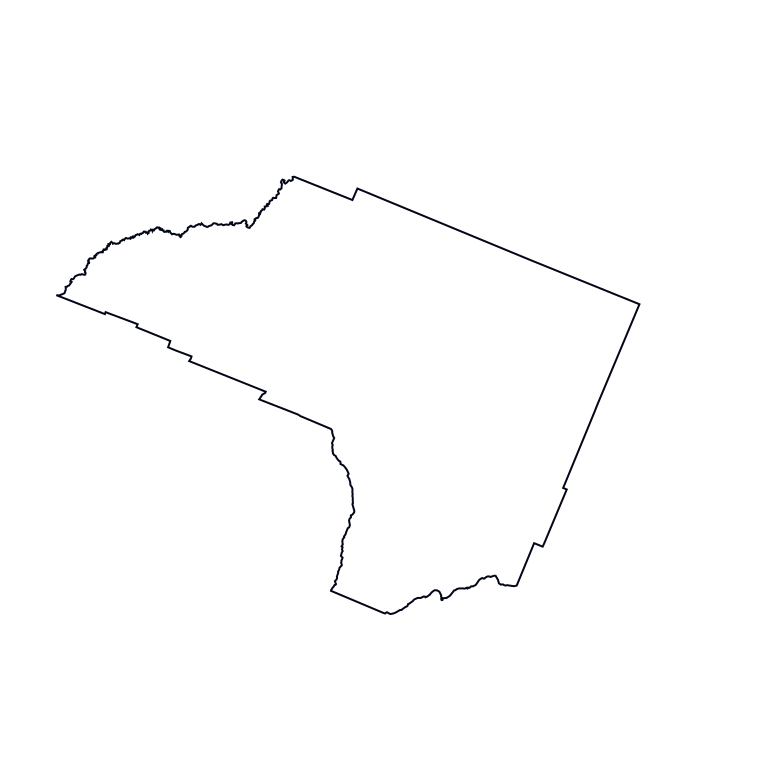 Coronel Pringles, Buenos Aires, Argentina, rotated 67°
{"feature_id": "61730980B35069548895139", "entity_name": "Coronel Pringles", "entity_type": "district", "adm_level": 2, "iso_a3": "ARG", "parent_name": "Argentina", "parent_adm1": "Buenos Aires", "projection": "albers", "projection_center": [-61.45, -38.169], "detail": "fine", "context": "isolated", "style": "outline", "palette": "ink", "viewbox_px": 768, "rotation_deg": 67, "n_neighbors": 0, "source": "geoboundaries", "source_scale": "gbopen_adm2", "svg_char_len": 6165}
<svg xmlns="http://www.w3.org/2000/svg" viewBox="0 0 768 768"><g transform="rotate(67 384 384)"><path d="M621.4,340.6L589.2,308.0L595.7,301.5L593.3,298.8L552.5,257.0L549.7,259.7L492.1,201.3L486.6,195.9L410.4,117.7L326.9,201.0L193.7,332.1L202.3,341.2L158.1,385.7L157.7,387.2L160.4,388.1L160.6,388.6L160.7,390.4L159.6,391.2L159.3,392.2L160.6,394.7L161.0,396.5L160.4,397.0L159.1,397.4L158.7,397.3L158.1,396.1L157.6,396.1L156.2,397.5L156.5,398.4L158.0,400.1L160.0,399.8L163.9,402.0L164.4,403.5L163.7,404.3L164.5,405.6L165.3,406.3L167.5,406.3L167.8,406.6L168.2,409.1L170.6,410.6L170.2,412.0L169.3,413.2L169.5,413.9L171.0,415.2L170.8,417.3L171.8,418.4L173.4,419.4L173.4,420.3L172.6,421.1L172.9,421.5L174.3,421.4L173.9,422.2L174.6,422.5L174.1,424.5L175.4,424.9L176.6,426.0L175.7,427.5L176.4,428.1L176.5,429.3L178.0,430.8L177.7,431.4L177.9,432.2L178.4,432.5L178.8,431.9L179.3,431.9L179.5,432.7L181.3,434.4L181.8,435.4L181.3,436.6L181.6,437.0L181.7,438.6L182.2,439.0L183.0,438.6L183.3,438.7L183.6,439.9L185.1,441.1L185.7,442.7L186.2,443.3L186.7,445.4L187.8,446.8L186.5,448.4L185.3,449.1L184.8,448.9L184.3,447.7L182.4,448.5L182.0,447.9L180.8,447.3L179.7,447.4L178.9,448.2L178.7,448.7L178.8,450.1L179.2,451.7L179.8,452.6L179.0,456.1L178.4,456.9L178.1,458.1L179.3,459.9L178.5,461.2L177.4,461.7L176.3,460.6L175.7,460.6L175.3,462.3L176.6,463.6L176.7,464.6L176.6,465.3L175.5,466.8L175.0,469.9L173.3,471.3L173.1,473.0L172.4,475.0L171.3,475.2L169.6,477.6L169.5,478.3L170.5,480.7L170.2,483.4L170.5,484.6L170.3,485.5L167.8,488.0L164.8,489.2L165.8,490.7L164.5,491.7L164.4,492.6L164.7,493.2L164.5,495.4L165.2,497.0L164.3,499.0L162.9,499.9L162.8,500.4L163.3,501.3L163.5,503.5L165.3,504.4L165.7,505.1L166.3,506.8L166.1,508.0L166.7,508.6L167.2,510.2L167.1,511.5L169.0,512.9L169.2,514.0L168.8,514.0L168.2,513.0L167.7,512.9L167.8,513.8L167.5,514.5L166.3,514.3L165.5,516.8L163.9,518.3L163.4,519.5L163.4,520.6L161.0,521.5L159.6,521.4L159.0,522.0L158.6,522.8L159.1,523.1L158.5,523.3L158.2,523.8L158.9,524.6L158.3,525.4L158.4,526.0L158.2,526.5L158.9,527.0L158.1,526.8L156.7,527.4L156.4,527.1L155.5,528.4L155.3,527.8L154.8,527.7L154.4,528.5L154.4,529.2L153.8,529.1L154.1,530.0L153.7,530.1L153.5,529.3L152.1,529.8L151.7,531.1L151.2,531.5L151.2,532.2L151.6,532.7L151.7,534.3L152.7,535.8L152.0,536.5L152.5,537.1L151.7,536.9L151.8,537.6L150.9,538.1L151.4,538.5L151.5,539.1L151.1,540.3L152.3,542.0L152.9,541.6L153.0,541.7L152.8,542.1L153.2,542.8L152.0,542.8L151.7,544.0L150.7,543.9L150.4,544.9L149.9,545.3L149.9,545.8L150.6,546.4L150.9,547.6L150.7,548.3L151.0,548.8L150.5,549.3L150.6,550.3L151.2,551.0L150.6,551.4L150.2,552.2L149.8,552.5L150.0,553.3L149.9,554.5L150.9,555.6L151.2,556.7L150.4,556.6L150.0,557.6L150.7,558.2L150.3,559.1L150.9,559.0L150.6,560.1L151.2,560.7L150.3,561.5L150.0,563.1L148.7,564.6L149.4,566.1L149.3,566.7L149.7,566.9L149.3,567.2L149.1,568.1L149.5,568.1L149.6,568.4L149.5,570.9L150.9,572.3L150.7,572.9L151.0,573.6L150.5,574.5L150.5,575.3L150.2,576.0L149.0,577.3L148.9,578.7L147.9,578.6L147.4,579.2L146.6,579.5L147.2,581.0L148.1,581.5L147.6,582.9L149.0,582.9L149.4,583.4L148.6,583.9L148.6,584.6L150.2,585.5L150.2,586.2L150.7,586.6L151.1,586.3L151.7,586.7L151.5,588.6L150.9,588.6L150.6,589.5L151.2,589.9L151.4,590.6L152.9,591.4L152.6,592.2L152.0,592.4L151.9,592.7L152.0,593.4L151.6,595.8L152.1,596.4L151.8,597.1L152.3,598.4L152.9,598.4L153.1,599.4L152.9,600.4L153.6,600.9L154.1,600.0L154.6,600.3L154.7,600.6L154.2,601.1L154.9,602.4L153.9,605.1L153.5,605.4L153.5,606.0L154.2,607.4L155.2,607.6L155.3,608.4L156.0,608.5L157.0,608.0L157.4,608.3L157.2,608.9L157.5,609.6L158.6,610.4L159.1,611.5L160.3,612.0L161.4,613.8L161.5,615.2L161.9,615.4L163.3,614.9L164.2,615.6L165.3,615.3L166.5,616.2L166.5,617.0L164.7,619.4L164.9,620.7L164.2,621.7L164.1,624.5L164.3,626.6L165.7,628.3L166.0,629.4L165.3,630.6L165.7,631.3L167.0,632.7L167.4,632.7L168.1,631.8L170.3,635.4L170.2,636.9L170.6,637.7L170.2,639.1L172.6,639.9L175.6,642.7L175.6,647.2L175.4,648.7L174.6,650.1L174.8,650.3L210.6,613.6L209.1,612.2L232.7,587.4L235.0,589.7L260.9,563.9L265.9,568.4L271.9,562.5L283.4,550.4L285.1,551.8L286.8,554.4L344.9,495.9L345.8,496.9L346.2,500.1L349.4,504.9L378.5,475.1L381.0,473.4L404.8,450.3L406.7,450.0L408.6,450.7L412.3,451.2L414.2,450.9L418.1,455.0L420.3,455.1L421.2,456.0L422.7,456.6L425.0,457.0L425.5,457.6L426.6,457.6L427.9,458.1L429.7,457.8L431.4,456.6L433.6,456.5L436.8,455.7L438.2,454.6L438.9,454.6L440.7,455.3L443.2,453.1L445.5,452.4L448.7,451.7L452.8,451.6L454.2,453.5L458.0,453.1L461.2,453.5L463.9,454.4L466.6,453.9L468.2,454.0L471.5,455.5L473.5,456.0L474.6,456.9L476.3,457.1L479.8,458.6L481.5,459.1L482.2,460.0L489.2,460.9L490.6,461.7L492.0,464.4L492.0,465.8L492.3,466.1L493.7,466.4L494.8,468.6L496.2,469.6L500.5,470.5L502.3,472.0L502.6,473.7L506.2,477.3L507.2,477.9L508.7,480.4L509.5,480.4L510.8,482.7L512.9,484.0L515.5,484.6L516.9,486.5L518.1,485.9L519.8,487.3L521.6,487.3L522.6,488.7L525.4,490.8L527.7,490.0L529.1,491.2L529.7,492.1L530.8,492.5L531.8,493.3L534.0,493.5L534.5,493.8L535.8,496.8L537.2,497.7L538.8,499.6L539.7,499.8L543.0,502.7L544.1,502.9L545.3,503.9L546.3,506.2L549.5,506.4L549.9,507.2L549.7,508.1L550.7,509.3L551.5,511.0L552.5,512.3L552.9,513.1L553.7,513.6L594.5,474.0L595.7,472.6L595.2,471.0L595.3,470.4L597.8,468.5L598.3,467.8L598.9,465.0L598.9,462.2L598.3,457.5L598.9,456.0L598.5,455.3L597.7,451.7L597.6,449.5L597.2,448.8L596.0,447.8L596.1,446.9L595.1,442.4L594.3,440.8L594.1,439.9L594.1,436.5L595.3,433.8L595.1,430.4L595.8,429.3L596.5,429.2L596.6,427.6L595.8,424.0L595.4,423.6L594.3,421.1L593.7,418.9L593.7,417.8L594.7,415.8L596.8,414.2L600.8,413.9L601.9,414.5L603.3,414.4L604.0,415.3L605.4,415.4L605.6,414.9L605.5,414.3L604.3,414.0L604.2,413.4L605.4,410.2L604.7,406.1L601.4,400.0L601.7,398.7L601.2,397.0L601.4,396.5L601.3,395.5L602.7,391.8L603.9,389.6L603.9,387.3L604.6,387.4L604.9,387.0L604.6,385.7L604.9,385.4L605.0,384.8L604.3,383.1L605.0,381.2L604.8,378.0L601.6,373.0L601.1,371.2L601.0,369.3L602.2,368.2L602.3,367.5L601.7,365.7L601.6,363.9L602.2,362.4L603.4,361.0L603.3,359.6L603.6,357.2L604.2,356.2L608.9,355.6L612.3,356.1L614.2,355.0L614.9,352.9L616.0,352.1L617.0,350.9L617.3,349.3L620.9,343.4L621.4,340.6Z" fill="none" stroke="#020617" stroke-width="2"/></g></svg>